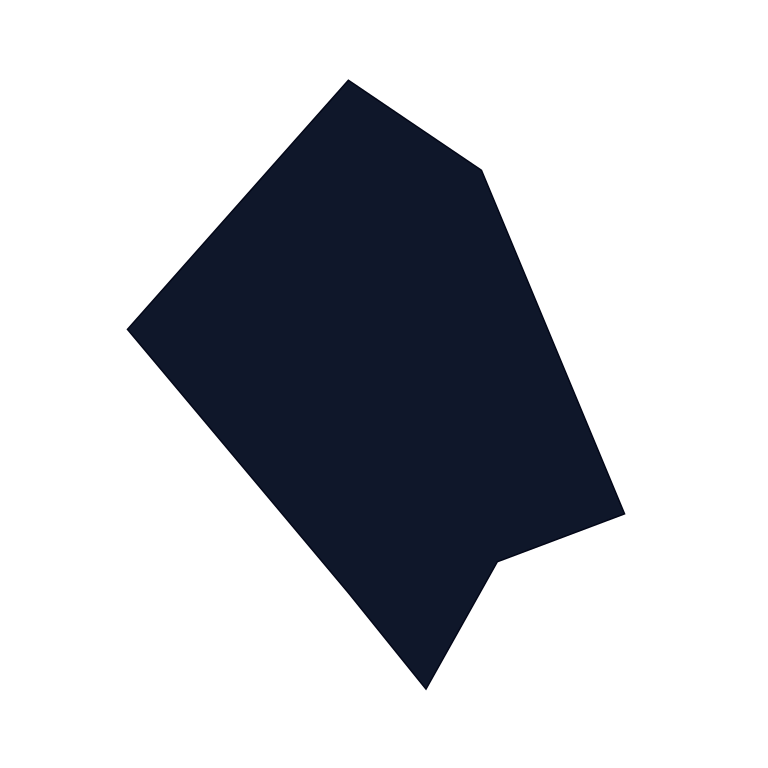 the border of Cascade, rotated 192°
{"feature_id": "SYC-5208", "entity_name": "Cascade", "entity_type": "state/province", "adm_level": 1, "iso_a3": "SYC", "parent_name": "Seychelles", "parent_adm1": "", "projection": "natural_earth1", "projection_center": [55.497, -4.666], "detail": "fine", "context": "isolated", "style": "filled", "palette": "ink", "viewbox_px": 768, "rotation_deg": 192, "n_neighbors": 0, "source": "natural_earth", "source_scale": "10m", "svg_char_len": 289}
<svg xmlns="http://www.w3.org/2000/svg" viewBox="0 0 768 768"><g transform="rotate(192 384 384)"><path d="M279.5,94.3L375.1,172.1L646.3,384.1L521.7,603.8L482.0,673.7L418.0,647.7L333.1,613.3L121.7,307.0L236.2,233.7L279.5,94.3Z" fill="#0f172a" stroke="#020617" stroke-width="1.5"/></g></svg>